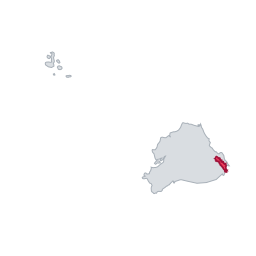 location of Cuyabeno, Sucumbios, Ecuador, rotated 32°
{"feature_id": "8360857B98272453986256", "entity_name": "Cuyabeno", "entity_type": "district", "adm_level": 2, "iso_a3": "ECU", "parent_name": "Ecuador", "parent_adm1": "Sucumbios", "projection": "mercator", "projection_center": [-75.771, -0.334], "detail": "fine", "context": "in_parent", "style": "filled", "palette": "rose", "viewbox_px": 256, "rotation_deg": 32, "n_neighbors": 0, "source": "geoboundaries", "source_scale": "gbopen_adm2", "svg_char_len": 6566}
<svg xmlns="http://www.w3.org/2000/svg" viewBox="0 0 256 256"><g transform="rotate(32 128 128)"><path d="M233.9,106.4L233.1,106.9L231.4,107.1L230.0,106.6L229.4,106.6L229.3,107.1L231.2,108.2L232.0,110.3L233.3,111.6L234.1,112.2L234.2,112.7L233.9,113.5L233.9,114.2L234.3,117.4L234.0,117.6L233.0,117.6L232.3,117.0L230.1,124.9L223.4,132.7L215.8,138.3L206.9,141.5L200.4,143.7L199.4,144.6L196.2,148.5L196.1,148.9L196.5,149.6L196.5,150.0L196.1,150.3L195.7,150.3L195.5,150.1L195.3,149.6L194.9,149.2L194.4,149.0L194.1,149.1L194.1,149.6L193.4,151.7L193.4,152.7L193.1,153.2L193.2,154.1L192.5,154.9L192.0,156.4L191.5,156.8L190.8,159.0L189.8,161.2L189.7,162.0L190.0,162.5L190.1,162.9L189.7,164.3L187.4,165.6L186.8,166.3L186.6,167.0L186.7,167.6L186.7,168.2L185.9,168.4L185.2,169.6L184.6,169.9L183.2,169.5L182.1,169.5L181.3,169.1L179.7,167.0L179.1,165.7L178.9,164.0L177.3,162.9L175.3,163.2L174.7,162.8L173.1,162.1L171.8,161.2L170.8,160.8L170.1,161.0L168.8,162.4L167.7,163.0L167.1,163.0L166.4,162.6L166.3,162.1L168.1,159.7L166.7,159.7L166.3,159.1L166.2,158.5L166.0,157.9L166.3,157.1L167.0,156.7L168.0,157.0L168.7,157.0L169.2,156.3L170.1,155.8L170.3,155.4L169.8,154.2L169.7,153.6L169.8,153.2L169.8,151.9L169.5,151.5L169.5,150.8L169.2,150.4L169.1,149.5L168.4,149.0L170.6,148.2L171.3,147.5L172.3,146.9L173.1,146.0L173.7,145.1L174.9,141.1L176.1,138.5L175.9,137.3L174.9,135.6L174.7,133.2L174.8,132.4L174.7,131.9L174.0,132.9L174.2,136.5L173.6,138.1L172.8,138.5L172.2,138.2L172.6,135.6L172.0,136.1L171.0,137.8L169.4,139.2L169.3,139.6L168.9,140.2L167.7,139.7L166.8,139.1L163.7,136.1L161.7,135.5L160.5,134.5L160.3,134.0L160.1,133.4L161.4,132.8L162.6,132.0L162.8,130.1L162.7,128.7L161.8,126.2L162.2,123.0L162.0,121.7L160.9,119.0L161.7,117.7L164.5,116.7L165.4,116.0L166.1,113.9L166.7,112.6L168.0,113.1L169.0,113.1L167.6,112.6L166.6,110.7L166.4,109.8L168.5,107.2L169.6,106.5L170.9,105.1L172.0,103.0L172.3,99.7L171.8,97.3L171.5,94.8L172.2,94.2L173.9,93.8L175.3,93.0L176.0,92.3L177.7,92.4L179.6,91.3L182.6,90.7L186.9,89.4L187.9,88.2L187.4,86.1L189.0,87.4L189.8,88.4L192.0,89.4L194.6,91.4L196.3,92.4L198.1,93.3L200.8,94.3L202.5,94.1L203.2,95.6L203.8,96.1L205.3,96.6L205.5,96.7L206.1,99.5L206.4,99.9L207.8,100.3L209.4,100.5L210.1,100.4L211.6,101.2L213.8,101.8L214.6,101.9L215.0,101.8L215.1,101.5L215.8,101.5L216.7,101.9L218.1,102.0L219.0,101.6L219.2,100.1L219.5,99.8L220.5,99.2L221.1,99.3L223.7,100.5L224.2,100.9L224.9,101.8L226.1,103.1L227.5,103.9L229.5,104.2L231.5,105.5L233.9,106.4ZM26.3,104.7L27.1,105.5L27.6,107.9L30.2,110.4L30.5,111.8L30.2,112.5L30.4,112.7L31.6,113.7L32.4,114.8L31.1,117.2L28.1,118.3L25.0,118.2L24.4,118.0L23.6,117.0L23.4,116.2L23.9,115.4L25.5,114.2L28.0,113.1L28.3,112.3L27.3,111.5L26.6,109.9L25.0,108.7L24.3,105.3L23.8,105.1L22.7,105.6L22.2,105.2L23.2,104.2L23.5,103.6L25.1,103.4L25.9,103.8L26.3,104.7ZM38.5,115.0L37.8,115.1L35.8,113.8L35.9,112.6L36.7,111.7L39.3,111.3L40.4,112.1L40.3,113.6L39.4,114.6L38.7,114.8L38.5,115.0ZM170.9,143.6L170.7,144.1L169.5,144.1L169.1,143.9L169.4,141.5L169.7,140.8L170.7,140.0L171.6,139.7L172.7,139.7L173.8,140.4L172.5,141.6L171.4,142.0L170.9,143.6ZM24.3,111.0L23.0,111.2L21.9,110.8L21.4,110.1L21.3,109.0L21.4,108.7L23.9,108.3L24.7,109.2L24.6,110.5L24.3,111.0ZM50.4,116.8L48.8,117.4L48.0,116.9L47.9,116.5L48.7,115.7L49.6,115.3L50.3,114.4L51.7,113.8L52.1,114.0L52.3,114.2L52.4,114.5L52.0,115.2L51.2,115.7L50.4,116.8ZM35.4,109.3L34.8,109.7L32.3,109.3L31.6,108.5L32.2,107.5L32.7,107.1L34.2,107.5L35.6,108.6L35.4,109.3ZM37.3,122.4L36.8,122.4L36.1,121.9L36.6,120.9L37.6,121.4L37.9,121.8L37.3,122.4ZM186.8,88.7L186.1,88.8L185.7,88.2L186.6,87.5L186.9,87.4L186.8,88.7Z" fill="#d9dde1" stroke="#a8b0b8" stroke-width="1"/><path d="M234.1,113.5L234.2,113.4L234.3,113.4L234.5,113.4L234.5,113.2L234.5,112.9L234.4,112.8L234.5,112.8L234.4,112.7L234.5,112.7L234.4,112.5L234.5,112.5L234.6,112.4L234.6,112.2L234.4,112.1L234.5,112.0L234.4,112.0L234.4,111.9L234.4,111.7L234.3,111.8L234.3,111.7L234.1,111.9L234.0,111.7L233.9,111.5L233.7,111.6L233.6,111.4L233.5,111.2L233.4,111.0L233.3,110.9L233.2,110.9L233.2,111.0L232.9,111.0L232.9,110.8L232.7,110.7L232.5,110.4L232.4,110.3L232.3,110.2L232.2,110.2L232.0,109.9L231.9,109.8L231.9,109.7L231.8,109.4L231.7,109.3L231.6,109.2L231.5,108.9L231.4,108.9L231.5,108.7L231.3,108.5L231.3,108.1L231.2,108.1L231.0,107.9L230.9,107.7L230.7,107.5L230.5,107.3L230.2,107.4L229.9,107.5L229.6,107.5L229.6,106.5L229.4,106.7L229.3,106.8L229.3,106.7L229.3,106.8L229.2,106.8L229.2,107.0L228.9,107.1L228.7,107.2L228.4,107.2L228.2,107.1L227.9,107.1L228.0,107.0L227.9,107.1L227.8,106.9L227.7,106.9L227.4,106.8L227.3,106.7L227.2,106.7L226.9,106.7L226.7,106.8L226.6,106.7L226.4,106.6L226.4,106.4L226.3,106.5L226.3,106.4L226.1,106.4L225.8,106.2L225.4,107.1L225.2,107.1L225.1,106.9L225.1,106.6L224.9,106.7L224.7,106.7L224.7,106.4L224.4,106.2L224.4,106.3L224.3,106.2L224.1,106.3L224.1,106.2L224.0,106.3L223.9,106.4L223.7,106.5L223.6,106.4L223.4,106.4L223.2,106.3L223.2,106.2L222.9,106.2L222.9,106.3L222.7,106.2L222.4,106.0L222.5,105.9L222.4,105.9L222.4,105.7L222.5,105.6L222.4,105.4L222.3,105.5L222.2,105.4L222.0,105.5L221.9,105.4L221.8,105.5L221.7,105.5L221.4,105.5L221.2,105.4L221.1,105.5L221.1,105.4L221.0,105.5L220.9,105.5L220.8,105.4L220.7,105.3L220.4,105.4L220.2,105.5L220.1,105.4L219.9,105.4L219.7,105.3L219.3,105.2L218.9,105.2L218.7,105.3L218.3,105.3L218.1,105.5L218.0,105.4L217.9,105.5L217.9,105.9L217.9,106.2L217.9,106.3L217.9,106.6L218.0,106.7L218.0,107.0L218.0,107.4L218.1,107.5L218.3,107.7L218.3,107.8L218.2,107.9L218.4,107.9L218.6,108.0L218.8,108.1L219.0,108.3L219.0,108.5L219.1,108.8L219.8,108.9L220.0,108.7L220.2,108.8L220.2,108.7L220.4,108.8L220.4,109.0L220.5,108.9L220.8,108.8L221.2,108.7L221.3,108.9L221.5,108.7L221.7,108.8L221.9,108.6L222.1,108.6L222.3,108.5L222.4,108.4L222.5,108.5L222.5,108.8L222.8,108.8L223.1,108.8L223.4,108.9L223.5,108.7L223.6,108.8L223.7,109.0L223.9,108.8L224.1,109.0L224.3,109.1L224.3,109.4L224.3,109.5L224.8,109.6L225.0,109.7L224.9,109.7L224.9,109.8L225.1,109.8L225.3,110.0L225.5,110.1L225.7,110.3L226.2,110.4L226.3,110.4L226.4,110.2L226.5,110.3L226.4,110.5L226.5,110.5L226.8,110.7L227.0,110.6L227.3,110.5L227.5,110.5L227.8,110.5L228.0,110.7L228.2,110.8L228.2,111.1L228.5,111.1L228.8,111.0L229.0,110.9L229.1,111.0L229.3,111.2L229.6,111.2L229.6,111.3L229.8,111.3L229.9,111.6L230.0,111.6L230.1,111.8L230.3,111.8L230.3,112.0L230.6,112.1L231.0,112.2L231.2,112.3L231.5,112.1L231.8,112.2L232.0,112.4L232.3,112.3L232.4,112.7L232.6,112.9L232.8,112.8L233.1,113.1L233.4,113.0L233.6,113.2L233.8,113.1L233.8,113.5L234.0,113.4L234.2,113.5L234.1,113.5Z" fill="#f43f5e" stroke="#9f1239" stroke-width="1.5"/></g></svg>